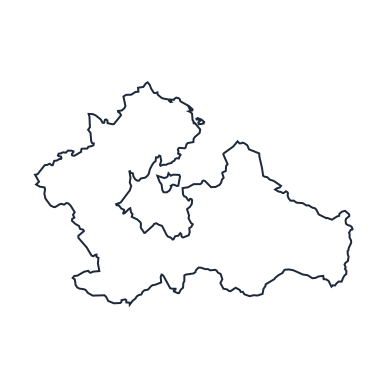 Hebei, Mercator projection, rotated 261°
{"feature_id": "CHN-1811", "entity_name": "Hebei", "entity_type": "Province", "adm_level": 1, "iso_a3": "CHN", "parent_name": "China", "parent_adm1": "", "projection": "mercator", "projection_center": [116.359, 39.339], "detail": "fine", "context": "isolated", "style": "outline", "palette": "slate", "viewbox_px": 384, "rotation_deg": 261, "n_neighbors": 0, "source": "natural_earth", "source_scale": "10m", "svg_char_len": 5994}
<svg xmlns="http://www.w3.org/2000/svg" viewBox="0 0 384 384"><g transform="rotate(261 192 192)"><path d="M224.3,228.8L225.1,229.2L230.5,239.9L234.9,244.9L232.6,246.5L232.4,248.5L232.8,249.7L231.9,251.4L229.5,253.9L225.2,255.0L219.6,264.4L216.2,264.1L204.6,264.9L196.9,264.8L195.8,266.0L194.9,268.6L192.1,270.7L190.2,274.4L184.1,280.9L182.7,279.3L182.3,276.2L181.4,274.5L178.8,277.7L178.3,279.5L176.7,281.7L176.8,282.8L178.0,284.8L176.9,286.2L175.8,286.6L173.6,285.9L170.6,286.4L168.0,288.0L167.6,291.0L165.1,293.7L163.7,299.6L160.9,302.8L160.6,305.0L157.7,308.5L156.7,310.9L155.4,311.9L150.0,313.7L145.1,320.6L145.3,321.4L142.8,325.9L145.2,331.6L145.4,333.6L147.4,334.2L149.2,337.2L149.4,340.3L145.4,343.7L143.6,343.6L141.5,340.0L139.7,339.2L136.6,339.1L135.0,340.6L134.0,342.8L132.7,344.2L130.3,344.8L129.9,344.6L129.8,342.9L127.2,340.7L125.6,341.1L122.6,340.5L119.3,341.5L117.0,341.3L111.9,337.9L110.0,337.4L109.2,336.4L105.7,336.1L103.8,336.6L99.5,335.2L97.9,332.4L96.5,331.3L93.5,332.0L92.1,331.0L90.0,332.2L86.8,331.5L85.8,329.7L83.6,327.8L80.1,325.8L80.6,322.9L79.1,320.4L77.3,318.7L77.8,316.5L76.7,314.9L82.8,313.0L84.8,310.7L85.3,308.4L88.6,308.5L88.8,304.0L87.8,300.3L88.0,297.4L91.7,293.2L93.2,288.5L98.7,280.1L100.2,276.2L100.7,272.3L100.5,271.0L97.8,268.6L96.4,264.6L94.2,260.7L93.0,259.6L89.3,250.3L87.7,249.9L85.2,247.5L80.3,245.7L79.5,240.4L80.4,237.1L80.1,232.6L82.8,227.7L85.4,226.6L85.7,224.5L87.8,223.8L90.6,220.1L88.0,214.5L88.5,213.0L90.2,211.5L91.6,207.9L97.6,205.8L101.1,208.3L106.5,207.5L108.3,205.0L110.5,204.0L111.5,202.8L111.8,197.8L113.4,195.6L113.7,193.2L115.9,188.9L116.3,186.6L114.0,183.5L112.3,182.8L111.3,180.7L111.4,172.8L110.8,171.4L105.2,170.5L103.5,169.2L98.9,168.2L97.2,165.6L94.1,163.3L94.5,161.8L96.7,158.5L97.4,158.7L98.3,160.5L99.0,160.6L99.6,157.2L100.4,155.4L113.1,150.9L114.9,149.8L115.2,149.0L113.0,147.8L107.5,147.4L106.2,141.5L106.1,138.4L105.1,136.4L102.5,133.4L102.4,129.6L101.0,127.5L98.7,125.9L98.5,123.3L97.5,121.0L95.8,119.7L93.7,116.2L90.5,112.9L92.4,113.1L93.2,109.9L95.6,110.1L96.4,109.3L96.2,105.5L94.4,105.0L93.6,103.7L94.3,97.4L97.5,92.2L101.8,90.8L103.7,89.4L105.2,77.7L108.5,73.5L112.0,71.5L112.8,70.2L114.2,65.7L115.7,63.7L118.3,62.5L123.9,62.6L125.8,60.7L127.5,62.6L127.3,65.7L130.1,72.9L130.4,77.2L128.6,78.3L128.1,79.2L128.8,82.1L128.4,88.1L136.3,87.9L141.5,89.3L143.0,87.5L145.1,87.9L145.1,86.8L144.0,84.4L145.0,82.8L153.6,79.4L164.5,72.6L166.5,72.9L170.2,79.0L170.8,79.1L171.9,78.5L173.0,75.7L176.2,75.0L178.7,71.8L182.4,68.9L184.2,69.5L185.1,71.8L188.1,70.9L190.4,73.0L197.5,70.0L200.0,68.1L200.8,66.3L199.5,63.7L200.7,61.3L200.6,59.5L198.5,54.4L198.9,52.9L200.7,50.2L208.5,46.2L213.5,45.9L217.3,47.2L219.6,47.1L221.0,42.7L223.8,39.2L226.1,42.5L233.6,39.7L233.7,42.2L241.6,50.8L241.4,53.1L242.2,55.9L240.4,57.5L240.3,58.6L244.3,60.8L244.2,63.3L245.3,66.2L245.2,67.9L246.0,68.4L247.5,68.1L248.4,65.7L249.1,65.3L250.7,66.3L250.7,68.7L251.4,70.7L250.6,73.6L252.3,76.0L251.6,79.7L250.7,81.3L250.2,81.3L248.5,79.4L247.3,79.2L246.8,79.5L246.2,81.4L249.0,88.7L251.6,89.4L252.0,90.1L251.3,95.4L252.9,96.7L253.0,99.9L253.6,102.0L255.3,102.6L255.9,101.0L257.9,100.4L266.2,101.0L269.8,99.1L271.9,101.3L282.2,102.5L285.3,102.1L284.4,106.3L282.6,109.0L277.8,113.3L274.4,114.5L274.1,116.0L276.9,117.3L277.1,118.5L275.9,119.6L273.2,119.4L271.3,124.2L271.3,125.5L278.9,133.9L281.0,133.3L282.6,131.6L283.6,131.6L283.5,135.4L285.3,138.3L287.3,139.7L297.0,139.2L298.3,142.2L297.6,147.1L299.6,151.7L299.5,154.8L303.4,155.0L303.4,160.4L306.3,163.2L307.3,165.3L304.5,167.0L300.5,167.8L296.0,169.8L295.4,171.3L295.8,173.4L293.5,173.4L289.9,176.5L288.9,178.0L286.9,183.6L285.5,183.7L284.2,184.8L284.2,185.7L285.4,184.8L284.9,186.4L286.1,184.5L286.8,184.6L285.9,188.4L286.4,188.6L287.7,191.2L286.7,193.5L285.9,194.3L283.3,194.8L277.3,202.5L273.5,205.5L272.9,205.2L274.6,203.9L275.6,202.3L272.4,203.3L272.2,201.4L271.0,203.2L269.4,204.3L263.0,203.8L261.9,204.4L259.7,204.4L259.4,204.8L259.8,205.5L252.5,209.9L249.2,208.8L245.8,203.3L244.2,201.9L241.1,201.2L241.0,195.4L239.9,194.0L236.8,192.6L236.3,191.6L237.6,186.5L237.3,185.6L236.2,184.7L234.4,185.0L232.0,184.3L231.2,186.1L230.4,186.5L229.2,185.2L227.2,184.4L227.7,182.1L227.3,180.6L225.6,179.5L225.0,177.3L223.9,176.4L223.6,172.7L222.9,170.6L223.4,167.5L222.8,165.0L223.8,164.6L227.6,166.5L232.5,166.3L233.1,165.3L231.4,163.5L231.9,161.9L228.1,160.8L227.1,158.9L224.8,156.7L221.0,154.0L216.7,152.1L215.1,150.7L213.5,148.1L213.4,143.7L211.4,141.2L211.9,139.5L213.5,137.8L216.6,136.6L219.6,136.5L220.5,134.6L222.3,134.0L222.2,133.4L215.7,133.5L211.0,132.0L207.4,132.9L203.3,130.8L192.8,119.9L191.9,115.2L190.7,115.5L190.1,117.8L186.7,119.6L185.1,122.0L183.8,122.0L181.9,120.7L181.4,120.9L181.6,122.1L185.3,127.3L185.6,128.5L181.5,128.6L179.5,129.8L176.9,128.6L173.5,133.6L170.2,136.3L168.6,136.6L164.8,135.8L159.0,138.5L159.0,139.2L165.0,148.4L166.3,149.4L166.7,151.9L164.9,154.0L163.2,157.1L153.6,160.2L151.8,161.2L150.1,164.1L148.1,165.4L148.2,166.4L150.9,168.4L151.0,171.7L153.2,174.0L151.8,174.9L149.7,174.7L148.7,175.5L148.5,176.3L149.8,182.0L152.8,183.5L156.6,183.6L157.6,185.8L160.0,187.7L161.7,186.1L166.6,184.5L169.2,185.4L175.8,184.4L177.8,187.8L180.2,189.9L183.6,190.8L184.9,190.5L185.5,189.6L185.4,188.9L184.1,187.8L184.2,187.1L188.1,185.2L189.1,183.5L190.9,182.8L197.3,183.3L197.3,188.8L199.5,194.9L198.5,201.3L199.1,202.8L201.2,204.0L201.5,205.3L200.9,206.5L193.8,211.6L193.3,216.1L194.8,220.4L196.6,222.2L199.4,223.4L201.1,225.5L206.0,224.8L206.7,225.6L207.4,228.6L212.4,229.8L214.0,231.5L224.3,228.8ZM213.4,160.3L210.1,166.8L210.5,169.1L211.2,170.3L214.2,171.7L211.4,173.6L212.1,175.9L210.9,182.1L209.2,182.6L200.3,179.4L200.3,178.1L202.0,175.3L202.2,174.0L201.4,172.0L200.4,172.5L197.0,170.0L195.6,166.9L196.3,163.8L198.6,163.0L204.3,163.1L207.1,161.6L213.4,160.3ZM263.5,207.8L264.1,209.2L262.1,212.6L259.2,215.0L258.0,214.3L258.4,213.9L257.7,212.7L257.9,209.3L259.7,209.1L260.9,211.1L263.3,209.0L262.8,208.2L263.5,207.8Z" fill="none" stroke="#1e293b" stroke-width="2"/></g></svg>